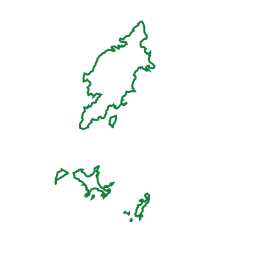 the district of Ko Kut, Trat, Thailand, rotated 221°
{"feature_id": "78962969B85434613183217", "entity_name": "Ko Kut", "entity_type": "district", "adm_level": 2, "iso_a3": "THA", "parent_name": "Thailand", "parent_adm1": "Trat", "projection": "albers", "projection_center": [102.496, 11.71], "detail": "fine", "context": "isolated", "style": "outline", "palette": "green", "viewbox_px": 256, "rotation_deg": 221, "n_neighbors": 0, "source": "geoboundaries", "source_scale": "gbopen_adm2", "svg_char_len": 5840}
<svg xmlns="http://www.w3.org/2000/svg" viewBox="0 0 256 256"><g transform="rotate(221 128 128)"><path d="M152.3,162.4L154.5,166.6L154.6,168.2L155.1,168.7L154.7,170.3L156.2,171.9L158.3,171.7L159.4,175.5L158.8,177.1L159.4,180.7L158.5,181.8L157.7,181.5L157.7,182.7L157.2,183.2L155.7,182.7L153.5,183.3L151.8,183.2L150.7,185.1L150.1,185.3L151.0,185.5L153.4,184.8L154.1,185.7L153.9,187.6L152.9,188.7L151.9,187.7L148.9,188.8L148.0,190.1L148.1,191.5L148.6,192.1L150.7,192.5L155.1,192.1L156.2,192.6L157.6,193.8L158.5,195.7L158.8,197.1L159.7,196.7L160.5,197.0L160.6,197.6L160.2,198.0L160.4,199.4L160.9,199.9L160.9,197.9L162.8,196.4L163.3,197.1L164.9,196.5L166.7,198.0L166.3,199.3L168.4,199.7L169.8,199.1L170.9,197.8L172.0,198.1L174.8,201.0L174.3,205.4L173.9,206.2L172.9,207.1L173.0,208.5L173.9,208.9L174.4,210.2L177.0,210.4L178.6,211.2L182.7,215.5L186.2,217.3L187.6,217.4L188.1,216.7L188.6,213.1L188.0,213.0L187.8,211.9L189.2,207.6L188.8,206.4L187.7,205.2L188.6,205.0L188.0,203.8L188.2,201.9L187.6,198.3L189.6,196.2L189.9,193.3L189.5,191.8L192.3,190.7L192.4,190.0L191.8,188.7L189.5,188.7L185.8,191.4L184.2,190.5L184.7,190.1L184.7,187.1L185.2,186.1L186.6,186.3L186.9,185.4L186.7,184.5L187.8,184.0L188.7,184.2L189.2,183.8L188.7,183.3L187.9,183.2L187.0,181.9L188.0,181.4L189.4,181.4L190.1,180.8L190.9,181.0L191.7,180.6L193.5,178.9L193.3,178.0L191.3,177.6L190.2,178.2L188.9,177.5L188.9,177.1L190.7,175.9L191.8,175.8L194.1,174.1L195.3,170.9L195.0,169.6L196.4,167.2L196.1,165.7L196.9,163.5L196.4,161.8L196.6,160.4L195.3,158.4L195.1,156.4L193.8,153.9L193.7,151.7L192.1,148.1L192.9,145.6L192.9,142.3L193.8,141.5L195.3,141.4L196.6,140.6L194.5,136.6L192.0,134.1L191.6,135.3L190.8,135.8L190.6,137.6L186.0,137.5L185.1,136.5L184.9,135.6L185.1,131.9L183.4,131.6L182.4,130.5L181.9,128.6L179.7,127.0L179.2,127.0L179.0,129.3L178.0,129.7L177.4,129.3L176.8,129.9L175.4,129.9L174.6,128.8L174.4,133.3L173.0,133.6L172.1,134.8L170.2,135.4L170.5,134.4L170.1,133.5L170.7,130.6L169.8,129.0L170.1,127.9L169.2,126.7L169.6,125.1L170.6,124.7L171.3,123.5L170.3,120.7L170.9,118.9L172.4,119.1L171.6,116.4L172.2,116.0L172.9,116.2L173.2,115.5L174.4,114.8L171.6,112.5L171.7,109.6L169.3,105.3L168.5,105.4L167.9,105.0L167.3,103.9L167.0,99.9L166.1,98.5L164.3,96.7L161.0,97.8L159.9,99.6L159.0,102.0L158.6,102.2L158.6,102.6L159.7,103.2L159.9,105.0L159.3,108.7L160.4,109.2L160.7,111.6L159.1,111.9L156.2,114.2L156.2,115.4L157.2,116.5L156.3,118.4L155.8,118.6L154.2,118.1L152.9,119.5L152.9,121.0L153.8,122.9L153.8,124.5L155.7,126.6L155.6,129.3L156.8,130.7L156.3,133.3L155.1,133.4L154.4,135.1L153.7,135.5L154.0,136.1L152.9,135.9L151.7,136.3L151.2,135.7L151.8,134.9L150.7,134.6L149.5,135.2L148.8,136.6L148.9,142.5L150.4,143.5L150.3,145.7L151.2,145.2L152.5,147.7L152.2,149.5L151.5,150.4L151.7,152.0L152.2,153.1L152.7,153.3L152.9,154.5L150.6,155.8L150.1,157.4L146.9,160.3L147.5,160.5L148.6,160.1L149.8,161.3L150.9,161.1L151.3,161.8L152.3,162.4ZM116.1,51.5L116.0,49.3L115.1,50.3L114.3,50.3L114.2,49.8L113.8,50.8L113.7,51.5L114.2,51.4L114.5,51.8L113.9,53.1L114.7,53.7L115.3,57.2L115.0,58.6L113.5,60.6L110.9,62.2L109.8,61.3L106.0,63.4L104.0,63.0L103.7,60.3L102.5,61.6L103.0,62.3L102.6,62.8L100.9,62.7L100.3,61.6L99.9,63.4L100.4,63.7L100.3,65.9L99.7,66.5L99.6,67.1L99.9,67.9L100.5,68.0L100.6,69.4L101.9,69.6L102.4,68.6L101.7,68.2L101.9,67.3L102.7,66.7L103.1,66.8L104.0,65.9L106.6,66.2L109.9,65.6L113.8,66.8L116.6,68.5L117.8,70.0L119.0,70.5L119.3,71.5L119.9,71.0L120.3,71.2L120.7,72.2L120.0,73.0L120.3,73.9L121.0,74.1L120.7,74.9L121.9,75.1L122.2,74.4L123.2,74.5L124.8,79.9L125.1,80.0L126.7,75.7L124.9,73.5L124.2,70.2L124.7,68.6L125.4,68.3L125.1,67.0L125.5,66.2L126.6,65.0L127.5,64.6L129.0,64.6L131.3,65.4L134.3,64.6L134.8,65.0L134.8,66.8L135.4,66.7L137.6,64.3L137.2,62.9L138.4,61.7L138.3,60.5L139.6,58.2L137.2,56.9L136.0,55.6L134.3,55.8L131.7,57.0L129.7,56.3L128.7,57.0L125.7,57.3L124.6,56.9L124.7,56.0L123.9,56.8L123.7,56.5L122.7,57.0L121.7,56.9L121.2,55.8L119.7,55.8L119.6,54.7L118.9,54.2L118.5,54.9L117.7,54.9L117.0,54.7L117.0,54.3L116.5,54.4L115.4,53.9L115.2,52.6L116.1,51.5ZM65.0,67.5L64.5,66.9L64.2,67.4L63.1,67.4L62.0,69.7L62.4,74.8L63.5,76.3L64.6,76.7L64.4,79.8L63.9,80.6L64.7,82.8L64.1,84.7L64.6,86.4L65.4,86.8L65.4,88.1L65.8,88.3L66.8,87.0L67.7,86.9L66.6,86.1L66.7,84.5L67.3,83.2L68.9,82.7L68.9,81.6L68.2,80.4L68.1,78.0L69.5,76.8L69.8,76.0L68.4,75.0L68.7,73.2L66.5,69.6L66.1,67.5L65.0,67.5ZM150.3,53.0L150.4,51.4L152.0,48.2L150.9,46.7L149.2,42.3L147.7,40.7L147.5,42.7L145.1,49.7L144.9,51.4L143.8,53.6L143.8,54.5L144.2,54.5L144.4,53.9L145.2,54.1L145.2,54.4L150.7,53.3L150.3,53.0ZM142.6,119.1L140.4,118.5L140.0,118.7L141.4,121.1L141.5,123.9L143.6,127.8L145.1,129.3L147.8,124.4L145.6,120.1L144.4,119.5L144.3,118.6L142.6,119.1ZM70.5,91.0L71.2,89.4L70.6,87.8L68.7,87.8L66.7,88.8L66.8,89.7L68.0,91.2L70.5,91.0ZM104.2,73.4L103.4,73.4L103.6,73.8L102.7,75.2L103.1,76.8L103.9,75.4L104.8,74.8L104.2,73.4ZM106.9,69.4L107.2,68.6L107.0,67.9L106.1,68.9L105.0,69.5L104.4,70.4L104.4,71.4L106.9,69.4ZM145.3,146.5L146.7,144.0L146.4,142.9L147.2,142.6L147.1,142.2L146.5,142.3L145.6,143.4L145.3,146.5ZM109.3,54.6L109.3,54.1L110.1,53.5L109.6,53.2L108.9,51.2L108.5,52.6L108.8,54.4L109.3,54.6ZM65.6,61.5L65.8,60.4L65.0,59.5L64.5,60.0L64.5,60.8L65.6,61.5ZM60.3,68.4L60.3,67.9L59.1,67.0L59.1,67.8L60.3,68.4ZM75.1,63.0L75.3,62.1L75.2,61.6L74.5,61.9L74.3,62.5L74.5,63.0L75.1,63.0ZM61.0,69.7L61.2,69.0L60.5,68.5L60.2,69.4L61.0,69.7ZM60.7,70.7L59.8,70.4L59.3,70.7L59.6,71.2L60.2,71.3L60.7,70.7ZM72.1,63.1L71.4,63.4L71.3,63.7L71.8,63.9L72.3,63.5L72.1,63.1ZM70.2,83.5L70.4,83.0L69.8,82.8L69.7,83.3L70.2,83.5ZM71.2,81.6L71.5,81.1L71.2,80.7L70.8,81.2L71.2,81.6ZM71.5,64.8L71.5,64.4L70.8,63.8L70.8,64.2L71.5,64.8ZM101.4,59.7L100.8,59.5L101.1,60.1L101.4,59.7ZM147.4,40.4L147.4,39.9L147.1,39.6L147.0,39.9L147.4,40.4ZM146.3,39.2L146.5,38.8L146.1,38.6L146.1,39.0L146.3,39.2Z" fill="none" stroke="#15803d" stroke-width="2"/></g></svg>